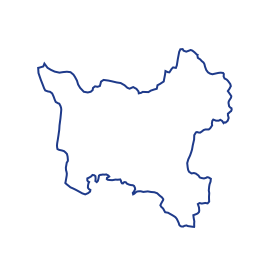 the district of Zhytkavichy, Gomel, Belarus, rotated 100°
{"feature_id": "67162791B281573745440", "entity_name": "Zhytkavichy", "entity_type": "district", "adm_level": 2, "iso_a3": "BLR", "parent_name": "Belarus", "parent_adm1": "Gomel", "projection": "albers", "projection_center": [27.845, 52.192], "detail": "fine", "context": "isolated", "style": "outline", "palette": "blue", "viewbox_px": 256, "rotation_deg": 100, "n_neighbors": 0, "source": "geoboundaries", "source_scale": "gbopen_adm2", "svg_char_len": 3894}
<svg xmlns="http://www.w3.org/2000/svg" viewBox="0 0 256 256"><g transform="rotate(100 128 128)"><path d="M193.0,180.2L193.8,179.1L195.6,175.8L196.4,174.4L197.0,171.9L197.7,169.4L198.5,166.9L199.6,163.7L200.3,161.7L200.8,158.6L199.1,156.0L197.2,154.3L195.5,154.3L195.0,155.8L193.8,157.1L191.7,157.4L189.3,157.3L188.0,156.9L187.5,158.2L186.6,159.0L184.7,159.3L183.6,157.7L182.2,156.0L180.4,154.8L180.4,153.0L181.1,151.7L183.5,151.1L185.9,150.9L186.7,149.4L185.3,148.5L183.3,148.3L181.7,148.3L179.9,148.3L179.0,147.3L178.7,146.0L178.2,144.8L178.0,142.9L177.5,141.4L178.2,139.1L179.1,138.1L179.8,138.9L180.7,140.0L182.0,140.0L182.5,138.9L182.4,136.9L182.1,134.4L181.0,131.4L180.7,129.0L180.0,126.7L181.3,125.7L182.2,125.4L183.5,124.4L183.5,123.4L182.3,122.7L181.8,121.8L181.9,120.6L183.0,119.4L183.6,116.9L183.7,114.8L183.5,113.4L184.0,112.0L185.5,110.9L187.0,110.3L189.7,111.2L191.1,112.0L192.4,111.4L191.6,110.4L189.3,108.6L188.6,107.0L188.1,104.5L188.3,101.8L187.0,97.5L187.0,94.1L186.7,90.8L187.2,87.9L189.1,85.0L190.5,82.4L192.0,80.9L192.9,80.9L194.8,81.6L196.8,82.3L198.5,82.7L200.1,81.3L200.6,80.3L201.5,79.2L202.8,78.2L204.5,76.8L204.5,73.8L205.3,71.7L205.9,69.9L206.7,67.8L207.6,65.8L209.0,64.2L210.9,62.8L212.8,61.5L214.5,60.7L215.5,59.3L215.7,58.3L215.5,56.6L214.6,55.5L213.8,53.5L214.2,52.0L214.1,49.3L214.0,46.7L213.9,45.7L213.4,45.7L211.0,46.2L208.4,46.5L205.2,47.7L202.5,48.5L201.3,46.4L200.1,44.6L198.4,43.5L197.0,43.5L193.9,44.3L190.8,46.0L189.5,44.5L189.6,42.2L188.4,38.9L188.4,36.5L186.4,35.3L183.7,35.9L181.6,36.3L178.0,36.7L175.4,37.6L171.5,37.9L169.3,37.9L166.5,37.4L163.6,37.6L163.3,38.5L162.7,40.0L162.7,41.5L163.5,42.4L164.5,44.4L164.5,47.0L164.2,48.8L162.6,50.3L161.1,53.3L160.9,55.3L161.7,57.6L160.5,60.3L158.8,61.5L156.4,62.4L152.3,63.6L148.4,63.2L144.3,62.1L140.6,61.5L138.1,61.2L133.7,61.2L127.9,60.9L123.5,61.5L120.5,60.3L120.0,59.4L120.2,57.6L120.0,56.1L118.2,54.3L116.9,53.2L116.0,51.5L115.4,48.2L114.0,47.0L110.8,45.6L108.9,46.2L106.3,46.2L104.9,45.5L105.5,42.6L105.0,39.9L103.9,38.5L104.7,36.5L106.6,34.7L105.7,34.0L105.7,32.8L103.6,31.1L100.7,30.6L98.9,31.4L98.5,31.7L96.5,32.1L95.3,30.9L94.9,30.8L93.5,29.4L92.0,29.1L90.6,29.5L90.0,31.0L89.0,32.2L85.8,33.4L84.4,33.4L83.1,33.0L80.2,31.8L78.7,31.8L77.3,33.1L75.3,35.1L74.3,36.1L71.3,34.7L71.0,34.7L68.9,34.0L67.0,34.9L65.7,36.2L64.1,37.9L63.1,39.4L62.5,41.5L60.6,42.8L58.2,43.0L57.3,43.9L57.4,46.3L58.0,48.4L59.1,51.1L60.4,54.2L60.2,56.6L59.3,58.9L57.3,61.0L54.2,62.8L51.9,63.8L50.4,65.0L49.3,67.0L47.9,68.8L46.8,71.4L44.1,72.4L43.9,72.3L43.7,73.0L41.9,75.6L40.6,78.1L40.3,79.8L41.5,81.8L42.7,83.9L42.2,86.7L40.8,87.9L41.4,90.1L44.1,90.8L51.2,90.9L57.9,90.8L60.5,91.3L60.5,94.1L62.2,95.3L63.9,96.0L66.0,96.9L66.1,98.4L65.4,101.0L68.7,100.8L74.3,100.9L76.0,100.9L79.1,104.2L80.8,106.4L82.5,106.4L84.4,106.5L85.5,108.9L87.2,112.0L89.1,114.1L89.9,119.8L91.1,121.2L92.0,123.4L90.2,124.0L88.0,126.5L86.8,130.0L89.0,133.3L88.5,135.6L86.5,138.8L85.0,143.0L85.0,143.3L85.1,147.0L84.8,152.2L84.7,155.5L84.9,160.4L87.0,162.6L89.7,162.8L91.5,163.0L92.7,165.1L92.7,167.7L94.6,169.4L96.8,169.4L98.8,171.0L100.0,173.8L100.0,177.8L96.8,182.1L93.8,184.7L90.2,186.5L86.9,189.1L84.9,191.0L83.0,194.3L83.2,197.9L84.2,201.6L85.4,205.1L85.2,210.0L84.1,214.1L82.7,217.7L79.1,221.5L82.1,222.1L84.0,225.9L84.4,226.9L89.4,225.7L92.5,224.0L95.9,222.1L99.8,219.7L103.5,217.5L105.4,216.0L105.9,213.2L105.9,211.0L107.1,208.7L109.1,207.3L110.5,206.4L112.8,205.1L114.9,203.7L115.8,201.1L116.0,199.9L118.1,198.3L119.8,197.4L121.5,196.9L124.9,196.6L130.2,196.2L137.2,195.9L141.8,195.4L147.5,195.2L152.2,195.1L155.1,195.1L157.6,194.9L159.5,194.4L161.0,193.8L161.5,192.0L161.6,189.2L161.9,187.0L162.9,185.3L164.2,183.6L166.7,182.5L170.1,181.6L171.2,181.6L172.7,182.3L175.5,182.3L177.9,182.3L180.3,181.7L181.9,180.9L183.6,180.3L185.7,180.1L188.4,180.1L190.4,180.1L192.7,180.1L193.0,180.2Z" fill="none" stroke="#1e3a8a" stroke-width="2"/></g></svg>